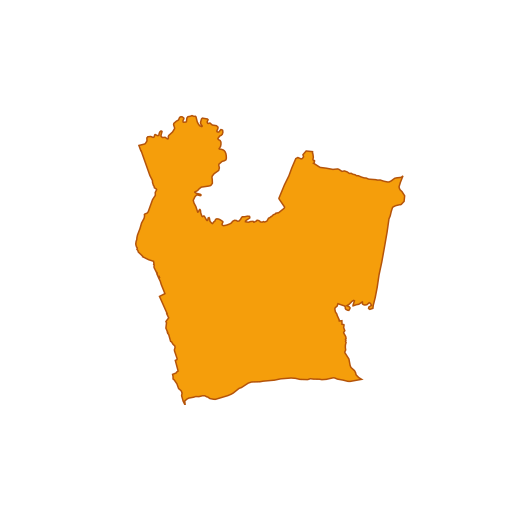 the district of Tocancipá, Cundinamarca, Colombia, rotated 42°
{"feature_id": "7082276B10728251723000", "entity_name": "Tocancipá", "entity_type": "district", "adm_level": 2, "iso_a3": "COL", "parent_name": "Colombia", "parent_adm1": "Cundinamarca", "projection": "albers", "projection_center": [-73.95, 4.971], "detail": "fine", "context": "isolated", "style": "filled", "palette": "amber", "viewbox_px": 512, "rotation_deg": 42, "n_neighbors": 0, "source": "geoboundaries", "source_scale": "gbopen_adm2", "svg_char_len": 6145}
<svg xmlns="http://www.w3.org/2000/svg" viewBox="0 0 512 512"><g transform="rotate(42 256 256)"><path d="M311.6,98.1L311.4,100.0L311.0,100.7L308.3,103.7L307.1,105.4L306.2,109.8L305.4,111.8L304.5,112.8L300.9,114.9L297.5,116.4L295.6,118.2L293.7,119.3L288.3,123.5L285.8,124.3L284.1,125.6L281.5,126.8L278.3,127.9L276.9,129.1L275.2,129.3L273.2,130.5L271.5,130.8L270.1,132.2L267.5,132.5L264.8,133.6L263.3,135.6L259.8,136.1L258.5,136.6L255.2,140.2L249.5,143.7L244.3,147.3L236.8,148.5L237.0,148.1L235.9,146.1L235.5,146.0L235.2,146.5L233.8,146.3L232.5,144.2L229.9,142.0L229.5,142.0L228.2,140.6L223.0,144.4L223.1,149.3L225.0,150.5L225.2,152.5L224.8,153.4L224.2,153.8L221.2,154.8L220.4,157.0L223.7,166.7L226.8,174.4L229.5,184.0L234.4,197.8L235.1,198.2L244.5,200.5L245.0,201.7L243.9,208.4L243.5,209.3L242.8,209.8L242.7,210.4L242.1,210.9L242.2,211.9L241.3,213.7L241.1,216.4L240.8,216.6L240.6,218.3L240.0,219.5L240.7,222.4L240.6,223.2L239.5,225.2L238.5,225.4L238.0,226.7L236.4,227.8L235.7,227.6L234.4,227.8L233.1,228.5L232.8,228.8L232.9,230.1L232.4,230.7L232.1,232.1L231.7,232.4L231.0,232.1L230.5,232.3L228.8,234.1L227.7,236.1L225.2,237.6L224.8,237.0L224.8,236.3L225.9,231.9L225.3,231.2L224.6,230.9L223.0,232.1L221.4,234.3L219.6,236.0L219.5,237.0L220.0,239.2L220.0,241.4L219.1,242.5L217.5,242.8L216.1,243.9L215.4,246.0L215.6,247.8L215.1,249.6L213.3,253.0L211.6,255.2L210.5,255.6L209.4,255.1L208.7,252.9L208.2,252.6L205.3,253.0L203.6,253.5L202.1,254.5L201.6,255.3L201.6,256.2L202.1,257.7L201.8,258.7L202.0,261.0L201.2,261.3L198.6,261.0L196.1,259.1L195.4,258.9L195.0,259.8L196.2,261.7L196.1,262.2L195.6,262.5L190.9,261.0L190.4,261.2L189.8,262.6L189.2,262.6L186.0,260.9L184.4,259.4L183.5,259.0L183.1,259.0L183.0,259.5L183.6,261.8L183.3,262.4L178.2,259.5L174.4,258.1L172.1,256.6L171.0,252.9L171.0,250.6L171.9,249.6L174.2,248.5L174.5,248.0L174.4,247.6L174.0,247.3L173.1,247.5L169.8,249.3L167.9,249.6L167.7,249.3L168.8,246.5L168.8,244.0L169.3,241.4L174.1,235.6L175.1,234.1L175.2,233.2L174.9,231.1L172.2,228.3L170.8,227.2L170.0,226.0L169.8,222.9L171.0,217.4L169.8,215.0L167.5,213.4L167.0,212.6L167.5,208.4L168.8,206.3L169.3,204.6L168.5,203.1L166.7,201.3L165.0,200.0L163.2,199.2L161.9,199.0L160.4,199.2L158.7,200.0L157.4,201.0L156.8,201.0L156.3,198.2L155.2,196.4L153.7,194.8L152.1,194.2L150.3,194.6L149.5,194.5L149.0,194.1L148.8,191.0L149.4,189.6L149.5,188.1L148.6,186.2L147.1,184.9L146.6,184.9L145.3,185.5L145.4,188.7L145.1,189.2L144.1,189.7L143.2,189.4L142.5,187.0L141.9,186.0L141.2,185.6L139.3,185.7L135.9,187.9L132.8,188.0L131.8,189.5L131.4,189.7L130.4,189.4L129.8,188.7L129.2,186.8L128.2,186.7L123.9,189.4L123.8,190.6L125.4,193.9L126.7,194.9L129.0,195.4L129.2,195.8L129.0,196.2L127.0,196.9L124.6,196.4L122.5,195.6L118.4,192.8L117.5,192.7L116.4,193.8L114.5,194.5L113.7,196.1L112.2,198.0L112.3,199.7L114.4,202.7L114.3,203.3L112.8,205.0L112.2,205.2L111.2,204.4L110.6,202.3L110.1,201.8L108.2,201.9L107.0,202.7L106.5,204.1L107.4,206.8L106.6,209.1L106.2,212.4L106.9,213.6L109.7,215.2L110.3,215.9L111.0,219.7L110.5,224.9L110.9,225.9L112.1,227.2L112.2,227.9L111.7,228.3L109.0,228.6L107.4,230.4L106.1,230.7L105.2,230.5L104.4,229.4L102.9,226.4L102.3,226.3L101.7,226.7L101.5,228.0L101.9,229.5L103.1,231.4L102.4,232.4L99.8,233.2L99.7,233.8L100.6,235.6L100.5,236.3L99.8,236.9L97.8,237.6L95.8,239.8L95.9,241.3L97.6,243.0L98.1,243.9L98.5,246.6L98.3,247.3L95.0,252.2L100.1,254.9L100.3,254.7L123.3,267.2L128.5,269.2L129.9,270.6L132.6,272.2L133.7,272.4L134.8,273.3L137.0,272.9L137.8,273.2L138.6,276.2L140.6,278.3L141.4,283.3L146.3,295.3L146.4,296.9L145.3,299.2L145.3,299.9L146.4,300.8L147.6,302.8L148.9,308.1L151.4,313.2L153.9,319.7L155.2,322.0L156.4,323.6L157.1,325.3L158.5,327.4L159.6,328.3L161.1,329.2L162.5,329.5L163.1,330.8L164.5,330.9L165.8,331.8L171.7,332.0L172.2,332.1L172.3,332.4L178.7,330.6L183.4,328.5L185.1,329.8L185.6,330.8L186.4,330.8L187.5,332.4L188.3,332.9L193.4,334.9L193.6,334.6L193.9,334.8L193.7,335.1L194.8,335.6L194.7,335.8L197.2,336.9L197.6,336.0L198.8,336.6L198.5,337.5L201.7,338.8L204.7,340.6L213.5,344.9L211.3,350.6L228.6,358.3L228.4,358.7L232.5,360.4L232.8,364.3L233.0,365.1L234.1,365.4L237.3,369.9L241.0,371.6L241.4,371.8L241.2,372.0L242.2,372.6L243.7,372.8L249.7,376.6L250.6,376.3L253.3,377.1L255.9,377.2L257.1,378.2L258.1,380.3L259.0,381.1L266.1,385.1L266.6,385.9L265.9,387.6L275.1,393.6L274.7,395.3L274.9,396.4L273.2,399.8L274.9,401.0L276.7,402.9L278.1,402.8L282.7,403.9L287.2,406.3L290.2,406.2L291.4,406.6L292.8,407.4L294.2,409.6L299.1,412.7L302.2,413.9L302.5,413.6L300.1,411.5L300.4,408.6L301.1,406.6L304.1,402.7L305.2,400.8L307.7,398.7L309.8,395.6L311.5,394.1L313.7,393.6L314.4,393.1L317.1,392.8L320.4,390.8L321.8,389.6L328.5,378.6L330.0,375.4L330.8,373.0L332.0,365.7L333.2,363.5L335.3,355.6L337.0,352.6L343.1,346.8L345.1,344.2L352.8,335.9L356.5,330.8L363.7,323.2L367.2,320.5L371.2,318.3L377.1,313.3L378.5,310.8L381.0,309.1L385.6,305.1L387.7,303.8L390.8,300.6L394.9,294.8L396.0,294.0L398.9,293.0L403.7,290.0L408.1,287.7L409.8,286.3L417.0,277.0L413.7,277.6L410.6,277.4L409.6,277.2L408.3,276.2L406.0,275.3L401.1,275.3L399.1,274.3L394.0,270.4L386.8,268.4L386.2,267.9L385.5,265.8L383.6,264.2L382.0,262.3L380.8,260.0L379.6,259.5L379.2,258.4L378.2,258.0L378.1,257.0L376.5,255.8L372.6,254.5L372.2,253.9L372.0,252.1L369.1,250.6L367.6,248.4L367.2,248.2L365.6,249.2L363.1,246.6L361.4,248.6L360.3,247.8L360.4,247.7L355.8,245.7L355.1,245.1L352.4,244.4L350.5,243.0L349.7,242.2L349.5,241.2L349.8,238.9L348.8,236.6L355.2,233.9L356.3,234.1L357.6,235.3L358.6,235.5L360.4,235.0L361.4,234.3L361.0,232.3L360.6,231.6L359.1,231.4L356.7,232.2L357.5,229.7L357.7,225.3L358.3,223.6L359.2,223.4L361.0,227.7L361.5,228.1L363.2,225.0L364.7,223.1L365.7,219.0L366.0,219.0L367.0,220.3L367.6,220.4L368.8,220.1L369.7,219.6L371.0,218.0L371.4,214.9L372.2,214.7L373.9,215.0L374.8,215.5L374.0,218.5L374.8,219.7L376.3,219.5L377.9,216.7L376.1,214.1L372.4,207.1L367.1,198.3L360.0,187.6L353.5,176.3L344.5,161.8L337.4,150.5L330.0,139.5L328.9,136.4L326.7,132.4L325.1,128.8L325.1,127.7L326.1,125.2L328.4,121.8L329.0,121.3L329.4,120.5L329.5,116.3L326.2,111.8L321.5,110.5L318.8,110.4L317.3,109.8L316.0,108.9L314.0,104.6L311.6,98.1Z" fill="#f59e0b" stroke="#b45309" stroke-width="1.5"/></g></svg>